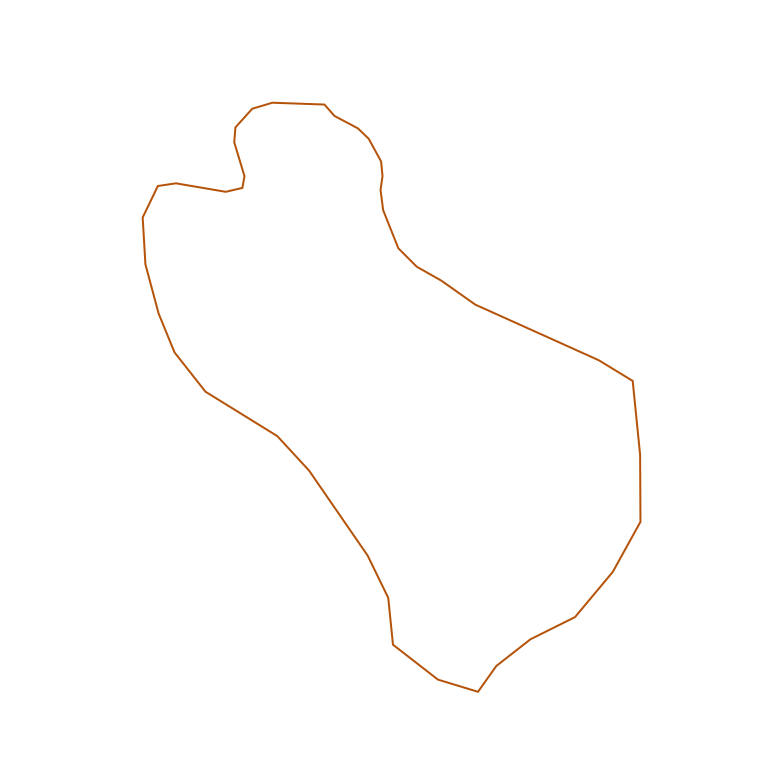 the District of Dragaš, rotated 135°
{"feature_id": "KOS-5909", "entity_name": "Dragaš", "entity_type": "District", "adm_level": 1, "iso_a3": "XKX", "parent_name": "Kosovo", "parent_adm1": "", "projection": "albers", "projection_center": [20.657, 41.99], "detail": "fine", "context": "isolated", "style": "outline", "palette": "amber", "viewbox_px": 768, "rotation_deg": 135, "n_neighbors": 0, "source": "natural_earth", "source_scale": "10m", "svg_char_len": 702}
<svg xmlns="http://www.w3.org/2000/svg" viewBox="0 0 768 768"><g transform="rotate(135 384 384)"><path d="M228.5,623.7L229.5,608.6L221.7,583.2L221.4,568.2L228.7,543.4L238.1,532.0L249.2,523.7L261.7,507.5L277.9,469.8L277.9,443.7L270.4,416.6L263.3,375.5L215.3,248.8L206.0,210.3L253.0,152.8L300.1,105.2L355.0,89.4L413.7,84.1L460.8,99.9L503.9,105.2L535.2,99.9L554.9,136.8L562.0,193.3L532.2,229.8L516.9,274.2L498.2,375.8L496.3,422.6L511.1,485.3L515.7,504.8L510.6,547.4L509.8,554.4L493.6,593.1L468.1,637.3L454.5,652.6L436.9,672.4L403.9,683.9L389.2,673.0L360.0,631.8L345.5,622.8L335.7,629.6L319.0,660.8L307.6,670.5L282.5,671.8L264.0,661.8L228.5,623.7Z" fill="none" stroke="#b45309" stroke-width="2"/></g></svg>